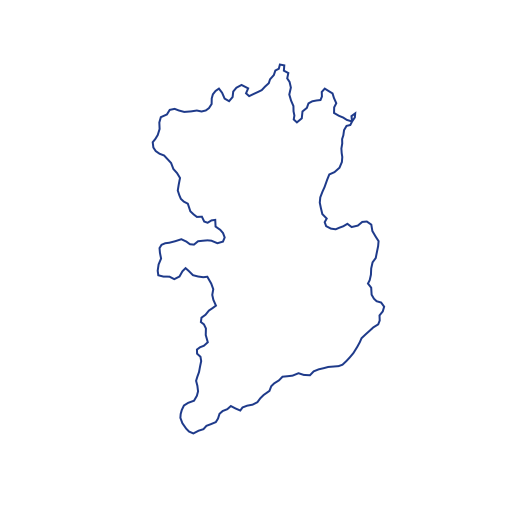 the district of Coluna, Minas Gerais, Brazil, rotated 201°
{"feature_id": "56859067B97930882461373", "entity_name": "Coluna", "entity_type": "district", "adm_level": 2, "iso_a3": "BRA", "parent_name": "Brazil", "parent_adm1": "Minas Gerais", "projection": "albers", "projection_center": [-42.832, -18.236], "detail": "fine", "context": "isolated", "style": "outline", "palette": "blue", "viewbox_px": 512, "rotation_deg": 201, "n_neighbors": 0, "source": "geoboundaries", "source_scale": "gbopen_adm2", "svg_char_len": 3449}
<svg xmlns="http://www.w3.org/2000/svg" viewBox="0 0 512 512"><g transform="rotate(201 256 256)"><path d="M214.5,416.0L220.0,415.6L224.3,416.5L228.8,416.6L234.4,417.5L236.3,422.8L235.8,427.4L239.9,431.5L242.8,435.2L246.6,435.9L251.8,436.9L253.4,432.7L251.6,428.5L251.7,424.7L255.2,422.9L258.9,420.6L261.7,417.3L261.6,412.5L264.4,407.6L262.6,400.9L265.7,395.4L269.7,397.0L270.5,400.9L272.8,404.5L274.8,409.4L279.0,413.7L282.8,418.7L283.8,425.7L287.0,430.5L290.5,433.0L291.4,438.4L296.4,439.0L297.9,444.1L302.3,443.3L301.8,439.0L304.4,436.1L304.2,431.3L306.2,426.0L306.0,421.9L308.3,417.3L310.1,412.9L312.7,410.1L316.2,406.5L319.7,402.8L323.6,404.3L323.4,409.7L330.8,410.5L334.6,406.1L336.2,401.4L334.8,396.0L336.6,390.9L341.7,391.7L346.1,396.2L350.6,399.0L352.9,395.6L354.2,391.5L353.8,387.2L351.9,382.0L352.9,377.2L355.0,373.9L358.6,371.4L363.4,370.6L368.5,367.7L374.6,364.8L380.2,364.2L384.7,364.2L388.9,361.5L389.9,356.2L394.6,351.5L394.1,346.0L391.5,340.0L391.1,333.7L391.9,329.3L393.2,325.2L390.7,320.5L387.2,318.0L382.7,316.9L377.8,316.9L373.3,314.7L368.6,312.4L364.3,307.6L359.4,305.1L354.9,301.6L353.7,294.8L352.5,289.1L349.4,285.3L346.6,282.4L342.9,280.9L338.4,280.4L335.6,277.0L333.3,274.2L329.2,272.5L325.2,271.3L320.6,273.3L316.7,269.6L313.1,269.7L310.3,273.3L307.0,275.1L304.3,269.0L298.7,267.6L295.0,265.6L291.9,262.1L292.0,257.6L296.6,254.1L303.2,254.3L307.0,253.2L311.3,251.1L315.4,249.0L318.0,244.4L321.9,243.3L326.2,244.5L331.7,244.9L336.8,240.8L341.7,237.3L345.3,235.4L348.2,232.6L348.9,228.8L346.8,224.5L343.7,219.6L343.9,213.2L342.5,207.0L340.3,203.0L335.1,203.6L329.4,205.7L324.0,205.1L320.1,209.4L319.2,215.4L317.4,219.4L313.6,218.0L308.0,215.5L302.7,216.1L297.6,217.3L294.0,219.2L291.1,216.8L287.9,214.2L284.0,209.7L282.9,204.0L280.1,199.8L275.6,195.3L278.0,191.6L280.4,188.2L282.1,183.0L284.8,178.9L283.8,174.6L280.1,173.5L276.8,170.4L274.6,164.2L270.1,158.2L272.5,153.5L275.5,150.8L277.6,147.5L276.0,143.7L271.7,142.0L269.5,138.2L268.7,133.2L267.6,127.2L267.5,122.2L267.2,118.0L264.2,113.8L261.6,108.9L261.1,104.3L262.0,98.7L266.7,94.6L269.7,90.6L270.1,85.7L269.7,81.5L268.6,77.8L264.8,73.5L259.3,69.8L255.6,68.1L250.9,67.9L246.9,72.4L243.0,75.5L241.4,79.7L237.9,82.8L234.0,86.5L233.2,90.6L233.5,95.6L231.6,99.3L227.9,102.7L225.7,106.9L220.4,106.3L215.3,106.1L214.3,109.8L210.6,113.1L205.9,116.0L202.3,120.0L201.0,124.7L199.0,129.1L195.1,134.9L195.1,139.9L193.4,143.6L190.0,148.1L188.0,152.8L183.4,155.1L179.0,157.4L174.3,161.8L168.8,162.1L162.9,164.0L160.8,169.0L156.8,172.7L152.5,175.6L148.8,178.3L144.4,180.4L139.4,182.8L136.3,185.5L133.9,190.5L132.1,195.0L130.3,200.2L128.9,207.5L128.2,212.8L128.0,217.1L125.5,222.3L123.3,226.6L120.9,231.4L117.4,236.0L117.4,240.1L119.4,244.8L117.8,249.7L118.2,254.6L122.5,257.4L127.2,257.0L130.6,258.4L134.2,261.3L137.1,267.7L141.6,270.4L141.2,274.2L142.0,279.7L144.0,285.7L144.9,291.9L143.5,297.0L144.5,302.8L145.5,308.9L146.9,313.8L151.4,317.1L156.3,321.0L159.6,326.6L164.9,327.9L169.0,325.9L171.8,320.9L177.1,317.3L182.2,318.8L185.2,315.0L188.3,312.3L191.2,309.5L195.9,308.4L201.2,309.0L204.0,312.2L203.4,316.3L209.1,318.9L212.8,324.3L215.6,328.7L217.0,333.8L217.0,339.8L216.7,344.8L216.9,352.9L216.8,358.4L212.8,362.4L209.7,368.3L209.5,374.5L210.9,379.3L212.9,382.8L214.8,386.9L215.8,391.9L217.5,396.0L217.7,399.9L218.9,405.1L218.1,409.9L214.9,412.1L214.5,416.0ZM214.5,416.0L213.4,420.8L214.5,424.7L217.0,420.8L214.5,416.0Z" fill="none" stroke="#1e3a8a" stroke-width="2"/></g></svg>